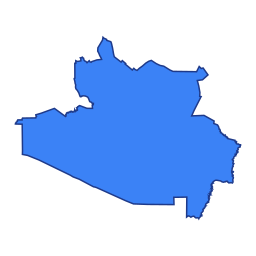 the district of South Cotabato, South Cotabato, Philippines
{"feature_id": "2640588B59746130391756", "entity_name": "South Cotabato", "entity_type": "district", "adm_level": 2, "iso_a3": "PHL", "parent_name": "Philippines", "parent_adm1": "South Cotabato", "projection": "orthographic", "projection_center": [125.136, 6.312], "detail": "fine", "context": "isolated", "style": "filled", "palette": "blue", "viewbox_px": 256, "rotation_deg": 0, "n_neighbors": 0, "source": "geoboundaries", "source_scale": "gbopen_adm2", "svg_char_len": 5687}
<svg xmlns="http://www.w3.org/2000/svg" viewBox="0 0 256 256"><path d="M199.2,66.5L196.6,71.7L173.0,71.4L169.9,70.0L163.8,66.2L160.0,65.4L156.2,63.6L151.3,60.4L148.7,61.3L145.8,63.1L142.5,66.0L139.3,68.3L137.1,70.4L135.2,69.6L133.8,68.3L132.3,70.0L125.2,64.1L125.7,63.5L122.3,60.6L121.1,62.1L114.3,56.8L113.6,54.2L112.5,47.8L111.4,43.1L110.8,41.7L106.8,40.4L106.6,39.4L103.8,38.1L103.0,37.3L102.5,40.1L97.9,47.8L97.7,51.1L98.9,53.4L99.7,55.5L101.0,57.8L101.6,59.4L96.9,59.9L91.8,61.6L91.1,62.3L89.9,61.8L89.2,60.7L87.0,62.7L85.9,61.4L84.7,60.9L84.1,60.3L83.5,58.1L82.6,57.8L82.4,57.2L80.3,57.9L80.8,58.5L80.9,60.8L78.8,61.3L76.7,61.4L76.4,61.0L75.8,60.7L75.8,63.3L74.8,63.3L74.9,78.2L74.2,78.5L74.2,79.0L74.8,81.1L75.2,83.7L75.7,84.8L75.5,87.1L75.9,88.8L77.3,90.4L78.9,93.1L79.8,95.8L80.2,96.6L80.9,96.8L81.7,96.4L81.5,96.2L83.0,95.8L85.3,96.0L86.9,96.7L87.7,97.1L88.5,98.4L89.6,101.3L90.0,101.8L91.6,102.3L92.1,103.3L93.4,103.4L93.3,104.7L92.4,104.7L92.2,105.1L92.5,108.4L86.9,108.3L79.7,105.6L79.2,105.7L78.9,105.9L78.5,106.5L77.7,106.7L77.4,107.2L77.3,107.7L76.7,107.8L77.0,108.3L77.0,108.9L77.4,109.4L77.4,110.2L77.0,110.4L76.5,110.2L75.9,111.0L75.8,110.4L75.1,110.3L74.8,109.8L74.8,110.8L74.4,110.7L73.9,111.9L72.9,111.9L72.6,112.1L72.1,112.1L71.8,111.7L71.9,111.4L71.2,111.2L71.0,111.5L70.3,111.5L70.2,112.1L69.2,112.0L68.9,112.4L68.3,112.4L68.0,113.0L67.8,112.9L67.7,112.5L67.2,112.6L66.5,113.1L66.2,114.2L65.8,114.5L66.0,114.8L65.9,115.3L66.0,115.8L65.9,116.2L65.5,116.5L54.4,108.4L41.2,113.2L35.8,114.8L35.9,115.4L36.5,116.5L36.0,116.9L35.8,117.9L22.5,118.1L22.1,118.9L22.1,119.9L17.8,119.9L17.3,120.6L17.4,121.3L17.0,121.5L16.7,122.0L16.1,122.3L15.9,123.2L15.5,123.3L15.4,124.0L22.2,124.2L22.5,150.7L22.4,154.4L27.6,155.4L39.0,160.0L70.3,175.2L73.1,176.9L79.2,179.2L93.5,186.8L95.1,187.1L96.6,187.6L125.6,200.7L133.5,203.9L147.9,204.4L174.0,204.6L173.8,197.3L186.8,197.1L186.6,217.1L188.2,215.9L189.5,216.2L190.9,217.2L191.8,216.6L193.3,216.2L194.5,216.5L194.7,217.0L195.6,217.8L196.5,217.9L197.6,217.7L198.6,218.3L198.8,218.7L199.1,218.0L200.8,216.3L200.9,216.0L201.3,215.9L201.0,215.6L201.3,215.6L201.2,215.5L201.5,214.8L201.4,214.6L201.5,214.6L201.3,214.4L201.3,212.9L201.8,212.5L201.6,212.3L201.9,212.4L203.0,211.3L203.2,210.5L202.9,209.6L203.2,209.3L203.4,209.5L203.1,209.2L203.5,208.9L203.4,209.0L203.6,208.7L203.7,208.9L203.8,208.8L203.6,208.6L203.7,208.4L204.5,208.0L205.1,207.0L205.2,206.5L205.4,206.6L205.1,206.4L205.4,206.5L205.3,206.4L205.5,206.2L205.4,206.1L205.8,205.9L205.5,205.8L205.6,205.3L206.0,205.4L205.6,205.2L205.8,204.1L206.7,203.2L207.4,202.9L207.4,202.6L208.4,202.3L208.2,202.0L208.4,201.7L208.1,201.6L208.4,201.7L208.2,201.6L208.4,201.5L208.4,201.1L208.7,200.8L208.8,200.3L208.8,199.7L209.0,199.7L209.0,200.2L209.2,199.5L208.8,198.8L209.2,198.7L208.8,198.6L208.7,198.4L209.0,198.3L209.0,198.2L208.7,198.3L208.6,198.0L208.9,198.0L208.6,197.7L208.8,197.2L208.6,196.5L208.8,196.5L208.8,196.3L209.1,196.4L209.0,196.2L209.3,196.4L209.1,196.1L209.9,195.4L210.0,195.1L209.7,195.0L210.0,195.0L209.7,194.9L209.7,194.7L210.1,194.5L209.8,194.3L210.2,194.4L209.9,194.1L210.3,194.2L210.1,194.1L210.3,194.0L210.1,193.9L210.3,193.9L210.3,193.7L210.1,193.6L210.0,193.4L210.4,193.4L210.5,193.3L210.1,193.2L210.5,193.2L210.3,193.1L210.6,192.9L210.6,192.6L210.4,192.6L210.6,192.5L210.4,192.2L210.7,192.2L211.1,191.7L211.4,191.3L211.3,191.1L211.5,191.1L211.4,190.9L212.1,190.5L211.9,190.1L212.0,189.8L211.4,188.9L211.3,188.7L211.5,188.7L211.3,188.7L211.5,188.5L211.3,188.3L211.4,188.0L211.9,188.1L211.7,188.0L211.7,187.7L212.0,187.9L211.7,187.3L212.0,187.3L212.1,187.5L212.3,187.1L212.0,186.9L212.4,186.8L212.3,186.6L212.1,186.6L212.3,186.5L211.9,186.6L211.9,186.4L211.8,186.5L211.6,186.2L211.9,185.7L211.5,186.0L211.6,185.9L211.6,185.7L211.4,185.3L211.6,185.2L211.4,185.2L211.5,185.0L211.3,185.0L211.2,184.6L211.4,184.5L211.3,184.3L211.5,183.9L213.2,183.1L212.5,182.6L212.7,182.3L214.5,180.7L215.5,180.3L216.6,180.2L220.6,180.9L221.9,181.8L223.4,182.2L224.7,181.9L225.1,181.6L225.5,181.8L225.9,181.4L227.0,181.4L227.1,181.2L227.4,181.4L227.6,182.0L228.3,182.3L228.8,182.9L230.3,182.8L230.6,182.7L231.3,182.6L231.7,182.9L231.8,183.4L231.8,183.2L232.4,183.0L232.9,182.3L233.0,181.0L232.7,179.9L233.4,177.8L233.2,177.0L232.4,176.5L232.3,176.2L233.1,175.6L233.2,175.2L232.9,175.0L232.3,174.9L232.3,174.5L232.5,174.2L231.7,172.7L232.0,172.4L233.3,172.1L233.4,171.7L233.2,171.5L231.8,171.5L231.6,171.1L232.0,170.2L232.2,168.2L232.5,167.8L232.5,167.0L233.2,166.3L232.9,165.3L233.9,163.6L233.7,163.4L232.9,163.3L232.9,162.6L233.5,160.8L233.3,160.4L232.5,160.1L232.3,159.6L232.4,159.3L233.7,158.5L233.7,157.4L234.0,156.9L235.0,155.9L235.6,155.8L235.2,154.4L236.3,154.5L236.3,153.0L237.5,152.8L238.0,152.0L237.9,151.7L237.1,151.7L236.7,151.1L236.7,150.9L237.2,150.8L238.2,149.5L237.9,149.0L237.9,148.2L239.3,147.2L240.2,146.9L240.1,146.0L240.6,145.3L240.6,144.8L239.0,144.6L238.5,144.0L237.3,144.0L236.5,143.7L236.4,143.0L236.5,142.1L235.9,142.3L236.0,141.5L235.2,141.5L235.3,141.1L234.8,140.6L234.9,140.3L227.8,138.6L227.8,138.0L227.3,137.9L227.4,137.6L227.3,137.3L227.0,137.4L227.0,137.0L226.2,136.8L226.3,136.7L225.8,136.2L225.0,135.9L225.3,135.8L224.9,135.5L225.1,135.4L225.1,135.1L224.5,135.4L224.2,135.3L224.0,135.1L223.3,134.7L223.4,134.4L223.0,134.2L222.6,134.3L221.8,133.1L220.9,132.8L221.0,132.7L221.0,132.4L220.8,132.4L220.4,131.8L220.4,131.6L220.2,131.5L220.3,131.4L220.2,130.1L219.3,129.3L219.5,129.1L219.2,128.9L218.5,126.5L217.5,124.9L213.8,123.5L214.1,121.0L204.0,115.4L191.7,115.9L194.0,110.6L201.1,96.6L199.7,96.4L199.9,92.5L198.7,85.8L197.3,80.5L202.5,79.8L208.0,74.9L203.1,68.0L201.2,68.5L199.2,66.5Z" fill="#3b82f6" stroke="#1e3a8a" stroke-width="1.5"/></svg>